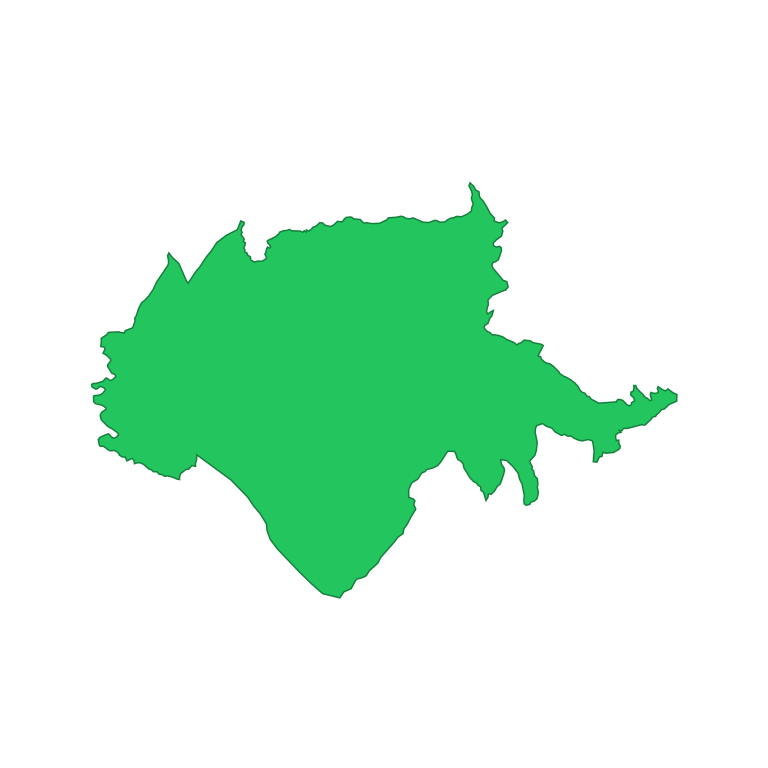 outline of Mohlakeng, Maseru, Lesotho, rotated 289°
{"feature_id": "5366337B47747757162469", "entity_name": "Mohlakeng", "entity_type": "district", "adm_level": 2, "iso_a3": "LSO", "parent_name": "Lesotho", "parent_adm1": "Maseru", "projection": "robinson", "projection_center": [27.612, -29.479], "detail": "fine", "context": "isolated", "style": "filled", "palette": "green", "viewbox_px": 768, "rotation_deg": 289, "n_neighbors": 0, "source": "geoboundaries", "source_scale": "gbopen_adm2", "svg_char_len": 6171}
<svg xmlns="http://www.w3.org/2000/svg" viewBox="0 0 768 768"><g transform="rotate(289 384 384)"><path d="M602.2,399.8L599.1,399.8L595.0,403.8L592.0,405.9L587.9,406.2L583.0,409.8L579.4,409.5L575.9,410.3L571.7,407.4L567.4,402.9L566.1,398.0L564.3,396.2L562.3,392.9L560.2,390.8L556.9,388.7L555.2,384.2L555.6,381.3L555.4,378.9L551.3,373.8L549.7,368.3L550.5,357.4L548.4,354.3L547.8,350.7L548.4,348.0L548.2,345.5L546.0,342.0L542.5,334.0L540.0,333.1L534.5,327.5L532.0,321.0L531.2,317.9L531.0,315.0L529.6,313.3L530.2,310.9L531.8,308.0L530.2,301.2L531.2,299.3L530.8,297.4L529.1,293.9L526.8,292.7L523.7,291.7L522.6,287.0L518.1,284.8L515.7,282.4L515.0,279.0L515.0,276.6L516.3,273.5L515.6,270.7L510.8,268.1L509.1,265.8L506.7,264.9L504.0,263.1L504.4,260.5L502.3,260.7L503.0,258.8L501.1,257.6L501.3,254.9L498.9,247.2L499.3,244.3L497.5,241.9L496.2,239.0L493.5,235.8L491.7,235.8L490.5,234.8L488.6,234.0L485.4,230.9L484.7,230.7L484.2,229.6L482.9,228.3L481.1,227.0L479.2,228.6L478.6,230.0L476.6,232.2L475.6,231.9L475.2,231.1L475.5,229.2L471.9,229.0L469.9,229.7L468.3,229.0L467.4,229.6L466.0,231.4L464.8,231.9L463.6,231.4L460.3,228.7L459.1,224.5L456.9,221.7L458.1,217.5L460.8,216.2L461.6,212.5L463.2,212.0L463.6,209.3L465.7,208.8L466.9,207.1L469.8,207.4L472.4,206.9L472.8,204.7L475.5,204.7L478.9,200.1L481.1,200.6L482.9,198.7L486.4,198.7L488.8,199.7L491.3,199.1L491.6,195.5L482.1,195.1L473.5,186.7L463.4,179.9L453.1,177.2L446.8,174.8L435.0,171.8L428.9,169.4L415.4,166.0L417.5,163.3L431.2,150.8L434.7,142.7L437.9,137.9L435.0,137.6L430.7,140.0L427.8,141.0L425.5,141.0L406.8,135.9L397.9,134.9L390.7,132.9L385.6,130.7L381.7,128.3L376.4,127.5L367.2,127.5L365.1,126.8L362.6,128.1L355.4,128.1L350.2,122.0L347.9,122.0L347.0,119.0L346.9,116.1L343.0,106.5L340.4,105.8L335.0,101.7L332.5,102.8L327.3,104.0L327.8,107.3L327.0,108.5L325.7,108.8L321.6,108.3L321.0,111.9L318.5,117.4L316.6,118.0L312.1,116.5L310.6,116.9L305.4,123.4L305.5,125.8L305.2,127.0L303.5,128.0L299.9,126.0L298.6,124.7L298.2,123.5L299.3,120.2L299.0,119.0L295.2,117.5L290.9,111.7L290.0,109.3L289.1,108.1L288.3,107.8L287.2,108.1L286.1,109.2L285.3,113.2L286.2,114.6L289.4,116.3L289.2,120.6L288.3,122.3L286.9,122.2L284.3,121.3L281.7,119.6L280.6,118.1L278.6,113.6L277.5,113.4L272.6,115.4L271.5,117.8L272.1,123.4L271.8,126.2L270.7,129.1L269.6,129.4L265.7,126.5L263.1,125.8L261.8,126.0L258.1,128.3L254.1,136.4L252.9,142.2L251.4,147.2L250.8,148.7L249.6,149.5L246.6,148.3L244.8,146.3L245.3,143.4L246.8,140.8L247.1,139.6L246.3,138.4L241.3,133.0L238.4,131.9L233.2,135.0L232.8,135.7L233.8,139.0L231.6,145.9L232.3,148.5L233.4,150.3L233.0,153.4L232.0,155.7L230.6,156.9L229.8,160.0L230.6,163.2L227.6,166.0L231.7,170.1L230.3,172.5L227.4,174.0L229.0,176.0L230.1,179.0L229.7,183.0L227.1,189.3L227.1,192.0L226.0,194.4L227.1,198.2L225.5,200.6L226.0,203.9L225.3,206.6L226.7,209.3L227.1,214.6L226.7,219.0L227.1,221.8L229.7,220.9L233.1,220.9L238.6,224.5L240.0,227.2L244.3,228.8L244.8,232.6L247.8,231.5L251.0,231.5L256.1,230.1L243.5,270.5L232.7,291.9L226.2,300.5L220.9,309.4L213.4,318.4L207.4,321.1L199.8,327.3L193.4,336.8L179.1,364.4L171.3,380.9L165.8,394.4L167.4,411.8L174.3,413.7L179.8,419.6L189.0,421.0L190.8,422.0L193.8,426.4L196.8,429.6L202.8,431.0L212.5,436.4L219.3,437.5L238.2,445.3L243.5,446.9L248.8,450.7L253.4,449.9L258.4,451.5L267.6,452.9L275.9,454.8L279.8,451.3L283.5,451.3L284.9,449.0L284.9,444.3L292.2,441.7L299.5,442.4L305.0,446.9L312.3,448.7L314.5,451.3L316.9,452.1L320.5,457.5L324.2,461.2L328.6,463.0L341.2,466.1L343.2,472.9L340.6,475.2L338.5,476.6L336.6,478.6L336.1,481.7L334.2,484.9L330.9,486.7L323.1,496.1L320.9,500.5L320.5,503.6L318.9,505.7L318.3,508.8L314.9,510.4L314.1,513.3L307.1,518.4L311.0,519.2L314.2,518.4L314.7,521.3L319.0,523.4L324.0,524.4L327.3,526.5L338.0,526.5L341.8,526.0L344.3,524.2L345.7,521.8L350.4,518.8L351.6,524.9L347.6,533.5L343.2,540.0L338.1,543.2L334.4,547.1L324.3,553.0L320.2,553.9L316.4,555.5L315.6,558.0L317.8,561.1L320.2,561.4L322.2,564.2L325.5,566.1L331.7,565.3L336.3,562.5L339.2,562.2L344.4,559.8L346.3,556.2L351.0,553.4L351.5,551.2L353.7,551.4L358.3,546.8L365.8,549.9L370.6,549.7L378.6,547.9L387.6,542.6L392.1,541.6L394.5,542.1L398.2,546.8L396.9,551.4L396.9,557.4L394.5,561.1L393.1,568.5L395.2,571.2L394.5,574.7L395.8,578.0L394.7,580.9L394.2,586.8L394.9,590.3L397.8,594.8L398.1,597.7L397.8,599.9L389.6,604.3L378.6,607.2L379.5,610.8L383.7,611.1L385.3,611.7L386.5,613.7L390.7,613.2L390.7,616.2L394.0,623.3L398.2,627.0L400.0,628.0L402.4,627.5L403.5,625.9L407.4,624.2L406.2,622.1L408.5,620.5L411.2,619.7L413.9,621.2L415.5,623.8L416.7,621.7L417.2,624.1L420.0,624.9L421.2,628.5L429.2,640.5L430.1,644.1L438.2,648.3L440.2,648.6L441.8,651.4L443.8,651.7L446.2,653.2L450.2,654.8L451.5,657.1L457.5,660.3L463.0,666.3L469.4,664.4L469.8,660.3L471.8,654.0L469.2,652.7L469.2,649.6L470.8,644.1L468.7,643.9L466.3,646.0L464.3,645.2L463.0,642.3L463.0,639.2L460.6,639.2L456.1,642.3L454.8,640.8L456.1,637.9L456.6,635.0L458.3,632.4L460.8,627.0L462.3,624.4L464.5,622.5L463.9,620.7L461.2,621.8L458.0,621.9L456.8,620.2L454.1,620.7L451.9,625.1L449.5,626.4L446.9,624.1L444.9,624.6L443.3,623.3L443.5,620.5L446.2,615.2L446.2,612.1L445.3,610.0L442.7,609.3L435.8,593.4L437.1,584.8L438.7,582.7L438.7,579.6L440.7,577.0L440.7,573.9L442.2,571.0L444.6,568.7L446.9,564.5L448.6,559.8L449.7,554.4L449.9,551.2L451.1,546.8L452.6,545.2L456.1,537.7L457.1,534.1L456.6,530.1L458.6,524.9L460.8,523.1L460.6,520.5L472.3,522.1L472.7,519.2L471.6,511.7L472.4,508.3L471.2,502.3L467.6,500.1L466.1,498.1L464.2,497.1L465.6,492.9L466.1,485.1L467.2,481.0L467.2,476.3L466.5,472.6L465.6,470.3L467.2,467.2L467.2,464.8L468.5,462.2L470.1,460.1L472.5,460.4L475.1,462.5L480.4,462.7L483.5,463.8L489.1,463.5L486.4,460.9L484.0,459.4L485.5,457.5L490.0,456.8L493.0,456.8L497.2,455.0L502.9,457.4L509.8,465.0L512.6,468.6L516.2,469.8L520.8,466.8L520.8,462.9L529.0,449.3L531.3,447.2L534.6,447.5L535.6,449.3L538.7,451.7L548.2,451.7L551.0,450.5L551.8,448.4L550.0,445.7L550.5,442.4L552.8,441.5L556.9,443.3L562.0,446.9L567.1,446.6L569.7,444.8L576.9,448.4L578.6,445.4L576.1,443.6L573.9,440.5L574.0,434.8L576.9,434.5L579.4,429.4L586.6,421.6L589.2,418.2L591.5,414.0L593.8,412.5L596.6,411.3L597.3,407.4L600.2,404.4L602.2,399.8Z" fill="#22c55e" stroke="#15803d" stroke-width="1.5"/></g></svg>